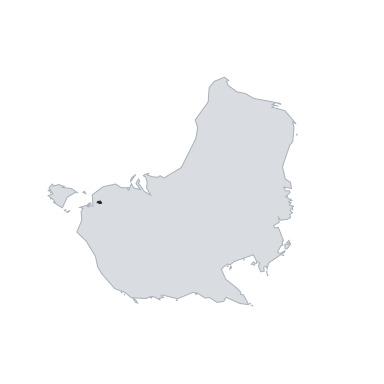 Ballarat, Victoria, Australia shown in context, rotated 127°
{"feature_id": "25037944B10145309156113", "entity_name": "Ballarat", "entity_type": "district", "adm_level": 2, "iso_a3": "AUS", "parent_name": "Australia", "parent_adm1": "Victoria", "projection": "mercator", "projection_center": [143.86, -37.519], "detail": "fine", "context": "in_parent", "style": "filled", "palette": "slate", "viewbox_px": 384, "rotation_deg": 127, "n_neighbors": 0, "source": "geoboundaries", "source_scale": "gbopen_adm2", "svg_char_len": 4363}
<svg xmlns="http://www.w3.org/2000/svg" viewBox="0 0 384 384"><g transform="rotate(127 192 192)"><path d="M252.2,86.6L255.7,101.5L260.1,100.8L265.0,105.3L265.8,114.5L268.8,117.7L269.5,126.4L271.7,130.9L286.1,139.4L291.9,153.4L293.5,154.2L293.8,151.7L297.0,154.2L297.5,153.0L298.8,160.2L300.7,162.3L304.8,164.6L312.9,176.9L312.6,185.3L315.7,195.5L311.6,214.9L308.7,222.1L301.5,230.4L294.9,247.0L293.3,259.9L280.8,263.0L274.5,268.7L270.7,269.2L271.8,272.4L265.7,267.7L266.6,266.6L266.2,265.4L265.0,265.4L263.0,267.4L261.5,266.2L264.0,264.2L262.6,262.7L254.4,269.9L241.5,266.3L231.5,257.7L231.2,251.1L226.6,245.1L228.5,245.4L228.5,243.6L221.8,245.4L223.8,241.0L221.2,234.7L218.8,241.9L213.9,242.6L214.7,240.2L217.0,240.2L220.3,230.4L219.4,223.1L216.1,230.7L211.1,233.7L207.9,238.3L208.3,240.7L206.4,240.4L203.2,237.8L205.2,237.7L203.8,233.1L200.7,228.0L198.2,227.3L197.8,222.9L179.0,215.3L147.2,221.1L137.0,226.3L132.6,232.8L110.3,233.3L98.2,241.2L90.1,240.7L80.9,235.3L80.8,229.9L83.0,230.8L85.0,227.5L85.1,216.7L81.3,208.7L80.0,198.8L69.8,178.4L73.8,180.6L71.4,174.5L73.1,178.1L76.1,179.1L71.2,166.7L74.9,149.8L75.6,153.7L79.1,149.4L91.2,141.8L95.5,142.2L117.3,135.0L125.5,125.4L125.0,119.2L129.3,114.7L132.9,121.6L134.8,117.8L132.5,115.1L133.2,113.4L140.3,114.5L138.0,113.8L139.5,111.1L138.2,108.7L142.0,108.4L140.7,106.6L143.8,106.4L142.7,103.8L145.5,101.0L145.7,102.7L147.8,102.5L148.0,99.2L151.2,100.4L153.2,97.8L156.6,99.6L161.1,104.1L160.3,107.7L163.4,104.2L169.8,106.5L171.1,104.6L168.3,101.8L175.8,89.6L177.3,90.3L179.9,87.3L180.8,88.6L188.5,87.6L188.3,84.7L183.1,82.5L184.0,81.8L202.6,88.1L208.1,85.8L206.7,88.2L209.0,89.5L211.8,86.6L214.3,89.0L211.3,94.5L208.1,95.0L208.3,98.9L205.2,105.2L222.2,116.5L226.8,117.6L228.3,120.4L236.0,122.3L241.4,112.4L241.8,98.1L242.7,92.7L244.6,91.5L243.1,89.1L247.8,78.9L252.2,86.6ZM261.5,284.5L271.3,288.5L282.8,286.0L283.6,297.1L282.8,295.0L281.6,297.4L281.4,304.8L277.2,301.8L274.7,308.7L269.6,308.1L270.6,306.2L266.2,302.9L264.5,297.2L266.4,298.2L261.8,290.3L261.5,284.5ZM174.4,81.9L179.8,81.8L181.4,83.4L177.8,86.4L174.4,81.9ZM211.8,247.5L221.4,247.2L217.3,248.8L211.8,247.5ZM212.9,98.1L214.0,101.2L210.6,100.7L211.1,98.5L212.9,98.1ZM312.4,175.5L312.1,171.7L313.5,168.6L314.0,170.9L312.4,175.5ZM280.1,278.1L283.3,279.1L283.4,280.5L280.1,278.1ZM173.8,82.8L175.7,85.7L172.3,85.5L173.8,82.8ZM258.0,278.8L256.2,278.4L257.2,275.8L258.0,278.8ZM231.0,115.2L229.4,116.1L227.7,116.6L228.6,114.9L231.0,115.2ZM69.8,177.5L68.4,175.7L68.3,174.0L68.6,173.9L69.8,177.5ZM282.7,282.0L284.0,283.0L281.6,282.2L282.7,282.0ZM299.9,160.6L301.2,160.6L301.2,162.3L299.9,160.6ZM269.9,126.3L271.4,127.2L271.2,127.8L269.9,126.3ZM277.1,305.9L277.3,307.7L276.1,307.1L277.1,305.9ZM314.6,186.8L314.7,188.9L314.6,186.8ZM188.0,81.7L187.1,80.9L187.7,80.5L188.0,81.7ZM213.0,81.9L211.7,83.4L213.3,80.7L213.0,81.9ZM314.7,184.2L314.1,184.9L314.5,184.2L314.7,184.2ZM215.0,109.8L214.3,110.1L214.7,109.4L215.0,109.8ZM210.2,98.0L209.3,98.2L209.8,97.3L210.2,98.0ZM83.5,141.9L83.2,143.1L82.8,143.0L83.5,141.9ZM246.2,78.1L246.2,79.2L245.8,78.4L246.2,78.1ZM265.1,266.0L265.3,266.8L265.0,266.5L265.1,266.0ZM211.4,83.8L209.6,84.9L211.4,83.6L211.4,83.8ZM142.8,102.3L142.2,103.1L142.6,102.2L142.8,102.3ZM277.8,304.5L277.2,304.9L277.6,304.2L277.8,304.5ZM230.2,118.9L229.3,118.9L229.8,118.2L230.2,118.9ZM139.2,107.9L138.7,108.3L138.7,107.3L139.2,107.9ZM282.5,300.6L281.7,301.2L281.9,300.2L282.5,300.6ZM246.8,75.3L246.7,76.1L246.2,75.7L246.8,75.3ZM264.6,267.1L265.4,267.8L264.0,267.6L264.6,267.1ZM287.9,139.3L287.2,139.4L287.5,138.5L287.9,139.3ZM293.2,151.5L292.9,151.5L293.1,150.9L293.2,151.5ZM261.9,283.2L261.7,283.9L261.5,283.0L261.9,283.2Z" fill="#d9dde1" stroke="#a8b0b8" stroke-width="1"/><path d="M256.8,259.5L256.7,259.5L256.3,259.4L256.3,259.2L256.2,259.1L256.3,258.9L256.4,258.7L256.2,258.5L256.1,258.4L256.1,258.5L255.9,258.5L255.9,258.4L255.9,258.5L255.9,258.4L255.7,258.4L255.0,258.3L255.0,258.6L255.0,258.8L254.9,258.9L254.9,259.0L254.9,259.3L254.9,259.5L254.7,259.8L254.8,259.9L255.0,259.9L255.2,260.0L255.3,260.1L255.5,260.2L255.5,260.3L255.8,260.4L255.9,260.5L256.0,260.5L256.2,260.8L256.2,261.0L256.3,261.0L256.4,261.3L256.5,261.3L256.8,261.3L256.8,261.2L256.7,261.0L256.7,260.9L256.8,260.9L256.7,260.8L256.7,260.7L256.6,260.4L256.8,260.3L256.8,260.2L256.8,259.9L256.8,259.7L256.8,259.5Z" fill="#64748b" stroke="#1e293b" stroke-width="1.5"/></g></svg>